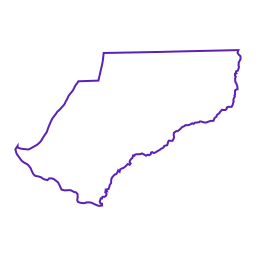 Cabixi, Rondônia, Brazil (orthographic projection)
{"feature_id": "56859067B41778865724378", "entity_name": "Cabixi", "entity_type": "district", "adm_level": 2, "iso_a3": "BRA", "parent_name": "Brazil", "parent_adm1": "Rondônia", "projection": "orthographic", "projection_center": [-60.622, -13.506], "detail": "fine", "context": "isolated", "style": "outline", "palette": "violet", "viewbox_px": 256, "rotation_deg": 0, "n_neighbors": 0, "source": "geoboundaries", "source_scale": "gbopen_adm2", "svg_char_len": 2650}
<svg xmlns="http://www.w3.org/2000/svg" viewBox="0 0 256 256"><path d="M102.1,205.5L102.0,203.7L100.4,203.3L99.7,201.3L100.3,200.0L100.7,198.4L102.0,198.5L102.5,196.8L104.5,196.8L105.6,196.2L106.6,194.5L106.3,193.0L105.3,192.4L105.6,190.7L106.8,191.0L106.0,189.5L108.5,189.1L109.3,187.0L109.6,185.4L111.1,182.9L111.1,181.1L111.4,178.9L112.3,177.2L113.5,175.8L114.7,174.6L116.3,174.1L117.4,172.2L118.2,170.4L119.6,171.8L120.2,169.4L121.7,168.5L123.3,168.0L124.8,167.0L127.8,164.0L129.6,164.8L130.6,163.4L129.6,162.0L129.9,160.7L131.0,159.1L132.4,158.0L132.7,156.5L133.2,155.3L134.3,155.8L135.1,154.6L136.4,154.2L137.7,154.3L140.5,154.1L141.9,153.4L143.9,154.4L146.0,155.7L147.8,154.7L149.1,155.2L150.7,154.3L151.1,152.5L152.3,152.1L153.5,153.0L155.2,152.6L157.8,150.9L159.7,149.9L161.2,148.7L162.8,148.0L163.7,147.2L164.3,145.9L167.2,145.2L168.1,142.1L168.7,140.7L170.1,140.8L172.5,140.8L173.3,139.3L174.1,137.5L173.7,135.4L173.9,132.8L176.1,131.2L177.7,131.1L179.1,130.0L180.9,128.5L182.0,127.1L184.4,126.1L185.5,125.1L186.9,125.2L188.6,125.1L190.7,124.2L192.2,123.3L193.6,123.9L194.9,122.7L198.9,122.3L200.0,121.4L201.9,121.7L203.8,122.4L206.1,122.6L207.4,122.0L209.2,121.4L210.8,120.9L213.5,120.8L214.5,118.1L216.4,116.7L216.8,115.2L218.2,113.9L219.3,113.3L220.0,112.0L222.1,109.7L223.3,110.0L225.4,110.0L226.7,108.8L226.8,107.5L228.6,106.8L230.3,106.9L231.6,106.9L232.8,104.5L233.2,102.7L233.7,101.4L233.3,100.2L233.7,98.6L234.8,96.8L234.4,95.7L235.1,94.7L234.9,92.9L235.1,90.5L236.3,89.5L237.5,89.3L237.5,87.9L237.2,85.9L236.1,83.0L235.3,81.9L235.2,80.3L235.1,78.4L235.8,76.8L235.0,75.7L235.0,73.9L236.4,73.4L235.8,72.4L236.2,71.2L237.9,70.6L238.5,68.7L239.0,66.8L238.5,65.4L238.7,64.1L238.7,62.6L239.4,61.2L240.4,59.4L240.6,57.5L240.4,56.1L238.8,54.7L237.5,52.9L238.4,50.1L176.5,51.5L161.9,51.9L103.7,53.0L102.8,60.8L102.2,64.1L98.4,80.6L78.3,81.3L77.4,82.9L75.3,85.6L73.4,89.6L72.4,91.1L70.2,93.7L68.6,95.8L66.9,99.6L65.8,101.2L64.9,103.5L63.6,105.3L61.8,107.2L60.3,109.0L57.1,112.0L56.0,113.8L55.0,115.0L52.3,118.6L50.5,122.3L48.3,127.6L46.7,132.2L44.7,135.0L42.9,137.8L41.7,139.8L41.0,141.0L39.3,142.9L36.9,144.9L29.4,149.1L28.0,149.5L20.6,148.6L17.6,147.5L17.6,145.9L15.4,149.3L16.2,152.6L16.9,154.2L21.7,160.8L24.3,162.7L27.7,164.5L30.5,167.9L32.0,171.5L33.5,174.3L35.3,175.9L37.9,176.3L40.9,177.2L43.8,179.2L47.5,180.1L49.0,178.5L51.5,178.3L54.1,179.3L58.0,182.3L59.5,185.1L61.5,189.6L64.9,190.4L69.3,190.1L71.1,190.4L73.7,191.8L76.0,192.4L77.5,194.0L77.7,197.2L77.2,200.0L77.9,201.9L80.5,202.8L83.7,203.2L85.2,203.0L86.4,202.4L89.9,202.4L91.7,202.8L96.3,205.0L98.8,205.9L102.1,205.5Z" fill="none" stroke="#5b21b6" stroke-width="2"/></svg>